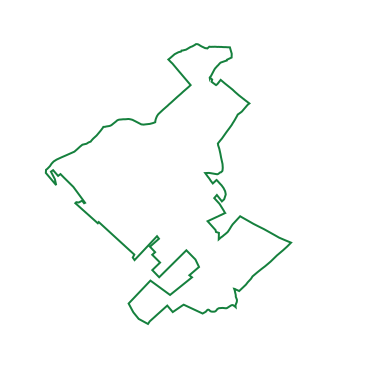 the district of Villa de Etla, Oaxaca, Mexico, rotated 49°
{"feature_id": "50627088B54456167780056", "entity_name": "Villa de Etla", "entity_type": "district", "adm_level": 2, "iso_a3": "MEX", "parent_name": "Mexico", "parent_adm1": "Oaxaca", "projection": "robinson", "projection_center": [-96.795, 17.197], "detail": "fine", "context": "isolated", "style": "outline", "palette": "green", "viewbox_px": 384, "rotation_deg": 49, "n_neighbors": 0, "source": "geoboundaries", "source_scale": "gbopen_adm2", "svg_char_len": 4887}
<svg xmlns="http://www.w3.org/2000/svg" viewBox="0 0 384 384"><g transform="rotate(49 192 192)"><path d="M234.6,313.0L242.9,314.9L244.4,315.2L252.8,315.5L262.7,311.8L261.9,308.8L261.7,298.5L261.5,285.2L270.0,285.3L271.3,274.1L271.6,272.2L290.7,263.7L291.4,260.2L291.1,257.9L291.2,257.4L291.4,257.0L291.7,256.8L292.3,256.5L293.5,256.4L294.3,256.2L295.1,255.7L295.8,255.0L296.5,254.2L297.1,253.4L297.3,252.8L297.4,251.7L297.0,249.8L297.1,249.2L297.2,248.3L297.5,247.7L299.6,244.9L300.7,243.9L301.7,243.0L302.0,242.6L302.3,242.3L302.6,241.5L303.2,237.2L303.4,236.4L303.7,236.0L304.0,235.5L304.5,235.2L305.0,235.1L306.7,234.7L307.5,234.6L306.8,234.1L306.1,233.6L305.8,233.1L305.6,232.7L305.2,232.0L304.6,230.7L303.9,229.8L303.4,229.3L303.0,228.9L302.5,228.7L302.1,228.5L299.8,227.7L299.0,227.0L298.3,226.5L297.8,226.2L296.4,225.5L294.1,224.2L292.7,223.7L293.1,223.4L293.5,223.2L294.4,222.9L297.1,221.6L297.7,221.4L297.3,212.1L296.7,209.1L296.2,204.4L295.4,201.7L295.5,195.3L295.7,190.0L296.0,185.6L296.1,178.4L295.6,169.4L295.7,161.7L295.6,156.0L295.2,150.5L289.4,153.4L283.6,156.2L278.2,158.1L271.8,160.4L267.4,162.0L266.4,162.4L261.1,164.6L256.4,166.5L251.8,168.1L241.9,171.6L242.1,173.4L242.3,175.4L242.5,177.1L242.7,178.9L242.9,180.8L243.1,182.6L243.8,185.2L244.3,186.7L244.8,188.3L245.2,189.8L245.6,191.3L245.6,192.8L245.6,194.4L245.5,196.4L245.5,198.5L245.3,199.1L245.3,199.6L245.3,202.9L240.5,198.5L237.9,200.1L236.2,199.2L224.3,199.4L225.2,196.2L225.4,195.6L229.6,180.8L229.3,180.8L227.9,180.5L226.5,180.2L219.0,179.0L211.2,179.2L210.6,175.2L217.2,175.5L218.7,175.6L218.6,172.5L216.1,168.3L215.8,168.0L213.2,166.5L209.7,165.6L206.3,165.3L204.6,165.4L199.5,165.5L199.0,165.6L199.1,167.6L199.2,170.7L195.8,170.5L193.2,170.1L190.5,170.0L189.7,169.9L188.6,169.8L186.4,169.6L188.7,166.7L190.1,165.5L192.9,163.2L195.2,161.3L195.6,160.2L195.7,157.9L196.1,157.3L196.1,155.5L195.7,154.8L193.9,152.9L190.9,150.6L185.0,147.4L181.8,145.5L177.2,143.0L174.3,141.8L173.6,141.5L173.2,141.1L172.4,140.7L172.0,138.7L171.6,136.4L171.3,134.4L169.5,127.1L169.0,124.9L168.3,121.6L168.1,120.8L167.5,118.2L167.2,117.3L166.6,115.5L166.3,114.3L166.1,113.8L165.9,113.1L165.7,112.5L164.0,107.7L163.5,106.6L163.7,105.9L163.8,104.0L163.9,103.7L164.0,101.4L163.8,100.3L162.7,92.8L162.8,90.6L157.0,91.8L149.7,93.2L144.7,93.9L141.5,94.2L137.0,95.0L131.5,96.0L126.2,96.8L127.2,102.0L127.2,102.5L127.1,103.7L125.5,104.1L125.3,104.1L124.6,104.3L124.2,104.4L123.3,104.6L122.9,104.6L122.3,104.8L121.6,104.9L120.4,103.0L118.8,103.2L117.8,103.5L118.1,104.1L117.3,103.6L117.1,102.8L116.9,101.5L114.2,94.6L113.8,92.9L113.8,92.4L113.5,90.3L113.5,89.2L113.3,88.0L113.1,85.9L113.2,85.3L114.8,81.3L115.4,79.9L115.6,79.4L115.1,78.9L116.5,73.9L113.7,71.3L109.8,69.5L107.7,68.5L105.8,70.5L104.9,71.4L103.9,72.5L103.1,73.4L102.5,74.0L101.8,74.6L101.2,75.3L100.6,76.0L100.2,76.4L99.7,77.0L99.2,77.6L98.3,78.5L97.5,79.3L96.6,80.4L95.8,81.3L95.2,82.1L94.8,82.6L94.0,83.3L93.7,83.6L93.7,84.6L93.7,85.9L93.7,86.3L93.1,86.7L92.8,86.9L92.5,87.2L92.2,87.6L91.6,87.9L91.1,88.1L90.6,88.3L90.1,88.5L89.7,88.7L88.8,89.1L88.0,89.4L87.5,89.6L86.8,89.8L86.2,90.0L85.7,90.1L85.2,90.3L84.8,90.4L84.4,90.7L84.1,90.9L83.8,91.1L83.4,91.5L83.0,92.0L82.9,92.6L82.9,93.3L82.6,94.7L82.5,95.2L82.4,95.7L82.3,96.2L81.8,97.5L81.7,97.8L81.5,98.3L81.5,98.8L81.4,99.0L80.7,103.0L80.0,104.4L79.1,106.2L78.4,107.1L78.6,107.5L78.8,108.1L78.7,108.4L78.1,109.5L77.9,109.9L77.6,110.6L76.6,114.7L76.6,117.2L76.6,120.8L76.5,122.9L80.1,122.7L82.1,122.5L82.4,122.5L93.2,122.7L94.6,122.7L110.4,122.9L110.5,124.9L110.5,132.8L110.6,135.9L110.6,141.1L110.8,148.8L110.8,149.3L110.8,149.9L110.8,150.7L110.8,151.6L110.8,152.3L110.9,153.6L110.9,159.5L111.1,165.1L111.2,166.7L111.8,168.7L112.4,170.0L113.4,171.8L114.1,172.7L114.5,173.2L115.2,174.0L114.8,175.1L114.3,176.4L113.1,178.8L112.9,179.2L110.2,183.1L109.4,184.3L107.7,185.9L107.2,186.1L105.9,186.6L104.4,187.2L101.1,188.5L99.2,189.3L98.6,189.5L97.1,190.5L96.2,191.2L95.5,191.8L95.0,192.3L94.6,192.9L93.2,194.8L92.0,196.2L91.9,196.3L90.8,197.9L89.8,199.2L89.4,199.9L89.0,201.0L88.9,201.3L88.9,203.3L88.8,205.6L88.7,208.1L88.7,208.9L88.2,210.6L87.6,211.7L86.9,212.8L86.2,213.9L85.8,214.8L84.7,216.2L85.0,217.0L85.8,220.7L86.8,227.0L86.9,231.5L87.2,234.1L87.5,235.4L86.7,237.6L86.4,239.9L84.4,243.7L84.3,246.7L84.4,250.4L84.4,254.3L81.6,263.4L80.2,267.8L78.7,273.0L78.2,276.4L78.5,279.4L79.3,282.3L79.6,286.0L79.5,287.6L81.7,289.8L97.7,290.0L92.4,287.1L84.1,285.1L84.4,282.5L92.0,282.5L92.2,279.5L97.2,279.2L110.3,278.2L130.0,279.8L129.7,280.8L126.5,280.6L125.6,284.4L123.8,286.0L123.9,287.4L153.8,283.6L153.5,282.1L155.1,281.9L190.2,277.9L201.4,276.6L202.6,279.7L205.7,280.0L202.4,247.4L205.6,247.6L205.7,259.6L213.2,259.3L213.3,263.2L224.3,262.4L224.9,273.2L234.8,272.7L232.3,234.5L245.2,233.7L253.2,235.9L253.1,248.6L256.4,248.0L255.3,276.1L231.6,281.5L234.6,313.0Z" fill="none" stroke="#15803d" stroke-width="2"/></g></svg>